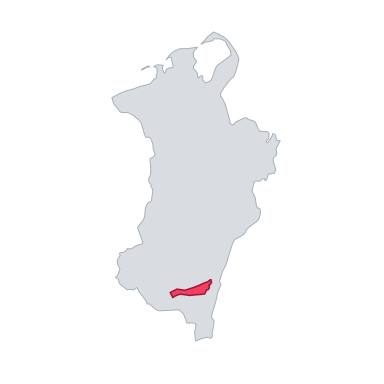 Hojambaz, Chardzhou, Turkmenistan shown in context, rotated 71°
{"feature_id": "10190150B33787597924926", "entity_name": "Hojambaz", "entity_type": "district", "adm_level": 2, "iso_a3": "TKM", "parent_name": "Turkmenistan", "parent_adm1": "Chardzhou", "projection": "mercator", "projection_center": [64.12, 37.845], "detail": "fine", "context": "in_parent", "style": "filled", "palette": "rose", "viewbox_px": 384, "rotation_deg": 71, "n_neighbors": 0, "source": "geoboundaries", "source_scale": "gbopen_adm2", "svg_char_len": 4303}
<svg xmlns="http://www.w3.org/2000/svg" viewBox="0 0 384 384"><g transform="rotate(71 192 192)"><path d="M118.8,132.0L135.1,132.9L140.1,133.6L142.1,131.2L142.0,130.6L141.3,130.2L140.1,128.5L139.0,117.4L140.4,115.8L142.0,114.7L144.4,111.2L145.7,110.1L147.5,109.2L153.7,108.9L156.3,108.3L158.6,104.2L159.0,101.9L160.7,100.0L161.7,100.1L165.9,101.7L166.8,102.5L168.2,105.4L169.8,105.2L170.0,104.8L169.9,104.1L168.7,102.3L166.0,98.9L163.4,96.8L163.2,96.1L165.4,94.5L169.9,95.2L171.0,94.6L172.2,92.0L178.0,98.0L179.1,98.6L183.8,99.4L184.6,100.2L186.2,103.7L187.8,104.6L189.7,105.2L198.1,105.4L200.6,107.7L201.1,108.2L200.6,109.9L200.4,113.0L199.8,114.2L200.2,114.7L203.1,116.0L204.9,118.0L205.0,118.9L204.5,119.4L203.2,119.2L202.5,120.1L202.5,121.7L203.5,123.2L203.8,124.6L202.4,127.8L202.3,129.1L202.8,129.9L210.2,134.7L211.4,134.9L218.6,134.0L220.0,134.5L226.3,135.6L228.1,135.4L229.3,133.9L230.4,133.3L231.5,133.3L234.5,134.2L237.7,136.3L239.8,138.2L240.8,139.9L243.7,149.3L245.6,153.1L247.9,155.1L249.4,158.7L250.8,166.6L251.6,168.2L255.0,171.3L272.5,184.1L277.8,189.8L285.9,195.2L288.9,194.6L295.3,200.4L299.3,202.6L304.6,206.1L315.5,213.9L317.9,214.2L320.5,213.1L322.8,213.8L326.9,215.8L331.4,218.8L335.1,219.8L336.2,221.1L336.3,221.9L334.1,225.6L333.8,230.5L334.1,236.9L333.0,237.0L325.6,235.2L318.6,231.2L316.9,232.5L316.1,233.8L314.3,239.4L304.8,239.7L299.2,242.5L294.1,260.4L293.0,262.6L289.9,265.5L284.5,268.4L283.6,269.5L283.5,270.6L282.8,270.9L279.8,270.9L268.3,274.8L265.8,274.8L264.8,275.1L264.4,275.8L265.6,279.3L264.6,280.3L263.9,282.1L263.3,285.2L255.8,289.9L254.2,290.5L251.2,290.0L249.7,290.5L248.1,292.0L247.3,291.6L246.9,290.0L246.1,289.1L241.4,285.2L236.0,285.8L234.0,285.5L232.4,284.9L230.0,282.6L228.4,280.5L226.7,280.8L226.2,279.8L226.2,278.6L226.6,277.2L226.5,274.6L225.6,272.6L224.5,271.8L225.7,268.7L225.7,266.4L224.9,263.9L224.6,260.3L224.8,256.7L223.8,254.9L207.9,255.1L202.2,246.8L199.9,244.8L192.0,241.3L189.8,239.4L188.0,237.3L187.6,234.4L186.7,232.7L185.5,232.5L179.3,229.2L176.8,228.3L173.4,229.1L171.4,228.2L169.0,229.4L168.0,229.5L165.5,228.7L162.3,225.7L159.7,224.5L154.2,222.6L150.4,222.0L146.9,220.8L146.6,220.4L146.5,217.8L146.0,216.7L145.0,215.4L143.7,214.5L137.8,214.6L135.1,213.6L133.0,213.4L128.3,213.6L126.8,214.3L125.9,215.1L125.4,217.6L124.9,218.0L120.3,218.1L110.7,217.5L106.7,218.8L100.4,222.6L96.9,225.8L95.8,227.3L93.7,233.0L92.8,233.8L91.5,234.4L90.3,234.5L84.6,236.8L82.4,237.3L76.7,237.0L75.4,228.6L74.9,222.0L75.5,212.7L75.2,206.7L76.1,197.6L75.8,195.4L72.9,191.3L72.5,188.5L70.7,188.3L67.8,186.0L64.9,185.1L63.5,185.0L62.2,185.7L61.3,187.1L60.6,184.9L60.6,182.6L62.9,178.0L64.3,179.3L66.0,179.9L70.4,179.6L70.0,178.0L67.7,176.4L67.3,174.3L67.4,172.1L68.0,170.0L67.4,169.1L66.3,168.6L64.0,168.7L57.8,167.9L57.1,170.4L58.8,173.6L56.0,169.9L54.1,166.1L52.9,161.7L52.6,156.9L55.0,149.2L56.9,139.7L59.3,143.7L61.0,145.5L64.9,146.6L66.7,146.3L68.7,145.3L70.6,145.6L73.7,149.8L75.8,150.2L80.3,148.6L82.4,148.3L84.3,149.0L86.2,149.0L85.4,147.1L85.0,145.2L86.1,144.2L89.7,145.3L92.5,144.2L93.0,143.7L93.3,142.0L92.9,138.8L92.2,137.4L90.6,135.5L84.3,130.9L82.2,129.0L80.4,126.6L77.5,117.1L75.4,111.0L74.5,110.2L70.8,109.7L63.9,111.2L61.4,110.9L60.3,111.6L57.5,114.1L56.1,116.3L54.3,121.4L55.7,123.0L54.6,131.5L55.3,135.0L55.0,135.3L52.9,130.8L50.1,126.4L47.7,119.5L51.9,115.0L55.4,111.8L59.2,109.4L63.2,107.8L72.1,105.3L77.0,104.4L81.0,104.2L84.0,105.8L92.3,111.3L95.9,114.4L96.9,115.7L97.9,118.7L104.0,128.3L105.4,129.7L107.8,132.7L110.0,133.6L118.8,132.0ZM60.3,199.2L60.1,200.4L59.0,196.7L58.5,192.6L59.2,191.5L60.0,191.6L59.2,193.0L60.3,199.2Z" fill="#d9dde1" stroke="#a8b0b8" stroke-width="1"/><path d="M281.2,202.6L280.9,203.4L281.4,204.7L282.0,206.3L282.0,210.5L282.4,214.2L282.5,215.3L282.6,217.3L282.8,220.9L282.6,230.8L280.0,235.7L278.9,237.9L279.3,240.4L279.6,242.8L280.0,245.3L282.5,245.0L285.0,244.6L285.4,244.6L285.4,243.5L284.9,242.1L284.7,240.1L284.7,236.3L284.7,236.2L285.5,234.8L286.9,232.0L289.0,228.0L289.5,226.2L289.8,224.5L290.8,220.4L291.1,219.4L291.6,217.4L292.2,214.8L292.5,213.2L290.8,211.6L289.4,210.2L289.5,209.4L289.6,208.5L288.6,207.1L288.2,206.7L286.5,206.4L285.5,206.3L285.5,206.2L285.5,205.8L285.4,204.9L284.7,204.1L283.7,202.8L282.4,202.9L282.2,202.9L281.2,202.6Z" fill="#f43f5e" stroke="#9f1239" stroke-width="1.5"/></g></svg>